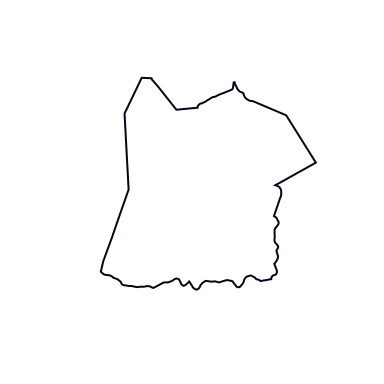 outline of San Juan Bautista Tlacoatzintepec, Oaxaca, Mexico, rotated 47°
{"feature_id": "50627088B3977651749466", "entity_name": "San Juan Bautista Tlacoatzintepec", "entity_type": "district", "adm_level": 2, "iso_a3": "MEX", "parent_name": "Mexico", "parent_adm1": "Oaxaca", "projection": "natural_earth1", "projection_center": [-96.578, 17.87], "detail": "fine", "context": "isolated", "style": "outline", "palette": "ink", "viewbox_px": 384, "rotation_deg": 47, "n_neighbors": 0, "source": "geoboundaries", "source_scale": "gbopen_adm2", "svg_char_len": 2914}
<svg xmlns="http://www.w3.org/2000/svg" viewBox="0 0 384 384"><g transform="rotate(47 192 192)"><path d="M235.9,285.6L236.1,284.4L236.7,282.7L237.3,280.4L237.6,279.1L238.0,277.5L238.7,275.2L239.1,274.0L241.7,271.3L242.4,269.6L243.0,268.3L243.5,266.6L243.9,264.1L244.6,262.3L246.8,261.1L248.1,261.4L249.8,261.8L252.2,262.8L254.9,262.2L255.5,260.7L255.7,257.3L255.5,255.1L256.4,255.2L260.3,255.9L262.4,256.4L264.1,256.3L266.4,255.4L267.2,253.7L266.9,251.6L266.6,250.4L265.8,249.1L265.8,247.0L265.7,245.9L266.3,242.6L270.9,238.9L273.0,236.1L275.7,234.4L276.8,233.6L277.6,231.8L278.1,230.6L278.7,229.5L279.6,227.6L280.7,226.0L281.6,225.5L283.3,224.2L285.1,223.2L287.4,223.7L289.5,223.7L290.6,224.0L291.8,223.9L292.7,223.6L294.0,222.1L294.0,220.3L293.8,219.2L293.6,217.2L293.1,215.8L292.0,214.1L291.4,212.6L291.1,211.1L291.3,209.5L292.1,207.9L292.7,206.4L293.8,205.6L296.0,204.9L297.3,204.4L298.7,204.3L299.6,204.5L301.4,203.2L302.7,202.8L303.8,202.6L304.8,201.2L305.3,200.3L306.3,198.9L307.1,197.7L308.0,196.2L308.7,195.0L309.8,193.5L308.6,192.1L308.5,191.4L308.3,190.1L308.6,189.0L309.0,188.2L309.6,186.8L308.9,185.3L308.3,184.3L306.9,183.3L305.5,182.7L304.4,182.5L303.0,181.6L301.8,181.3L300.7,180.8L300.5,179.3L300.0,177.0L299.2,175.0L298.2,173.4L297.1,172.6L292.8,170.5L292.2,169.7L291.9,168.1L291.2,166.7L290.3,165.9L287.1,165.7L285.1,165.6L284.2,165.1L282.8,163.9L281.4,162.3L280.3,161.2L279.4,160.6L278.5,159.7L275.8,157.3L275.3,156.0L275.2,154.8L275.0,153.7L274.8,152.3L274.5,150.9L273.7,149.7L272.6,148.9L271.6,148.8L270.0,148.3L269.1,147.9L267.8,147.9L266.6,148.2L265.5,148.5L259.6,137.4L256.7,132.1L256.1,130.6L255.7,129.7L254.5,128.3L252.0,126.0L251.0,125.3L249.9,125.1L248.2,124.7L246.2,125.3L244.9,125.8L243.9,126.4L255.0,81.4L200.2,70.8L168.0,85.1L166.8,85.7L165.7,86.8L164.1,87.8L162.6,88.3L159.8,88.8L157.8,88.4L156.7,88.1L155.6,87.4L154.7,87.2L153.4,87.4L152.2,88.1L150.4,88.7L148.4,88.5L147.3,88.5L145.5,87.7L144.5,87.6L143.3,87.2L142.3,86.9L140.8,86.0L140.3,86.8L141.6,88.3L143.4,90.6L144.3,92.0L144.3,93.1L143.6,94.9L142.9,96.8L142.1,98.7L141.1,101.5L140.1,103.6L138.9,107.0L138.3,109.4L137.7,110.9L137.0,111.7L136.3,113.6L136.1,115.4L135.8,116.4L135.5,117.9L135.2,119.4L135.0,120.7L134.7,121.8L134.2,123.0L134.0,124.3L133.1,125.4L132.9,126.3L133.0,129.0L134.1,130.5L121.2,147.3L91.1,144.9L82.3,144.6L81.2,144.0L74.2,150.9L88.6,187.8L147.0,236.7L160.1,261.7L170.6,281.4L182.0,303.9L188.1,313.1L189.6,312.9L191.8,312.7L192.8,312.3L193.9,311.5L194.9,310.7L195.9,309.8L197.2,308.8L198.6,308.4L199.9,307.9L201.1,308.0L202.4,307.4L203.5,306.6L204.6,306.3L205.5,305.7L206.6,305.8L208.0,305.5L209.3,305.4L210.8,306.0L212.1,306.2L213.4,305.6L214.6,304.6L215.7,303.8L216.6,303.1L218.1,301.9L218.7,301.2L219.8,300.1L222.5,298.3L223.9,297.1L225.1,296.0L225.6,294.9L226.5,293.9L228.2,292.1L229.0,291.0L230.1,289.1L232.2,287.2L234.4,286.4L235.9,285.6Z" fill="none" stroke="#020617" stroke-width="2"/></g></svg>